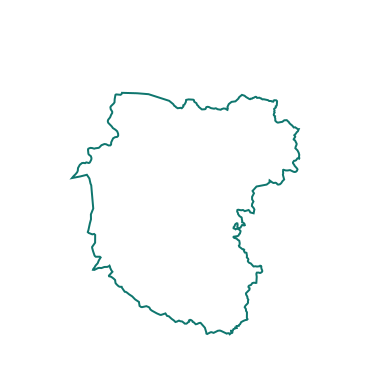 Bounkani, Zanzan, Ivory Coast (Mercator projection), rotated 215°
{"feature_id": "98640826B90856530326373", "entity_name": "Bounkani", "entity_type": "district", "adm_level": 2, "iso_a3": "CIV", "parent_name": "Ivory Coast", "parent_adm1": "Zanzan", "projection": "mercator", "projection_center": [-3.483, 9.078], "detail": "fine", "context": "isolated", "style": "outline", "palette": "teal", "viewbox_px": 384, "rotation_deg": 215, "n_neighbors": 0, "source": "geoboundaries", "source_scale": "gbopen_adm2", "svg_char_len": 5980}
<svg xmlns="http://www.w3.org/2000/svg" viewBox="0 0 384 384"><g transform="rotate(215 192 192)"><path d="M306.2,233.1L305.9,232.3L306.2,230.7L310.0,228.5L310.3,228.1L310.4,227.6L308.6,223.7L306.9,221.0L306.9,219.5L307.6,215.9L307.5,214.7L306.1,213.2L303.5,212.1L302.7,211.0L302.5,208.7L301.9,206.2L302.1,203.2L301.7,201.9L301.1,201.2L300.2,200.6L295.4,199.7L293.5,199.0L290.4,199.1L288.1,198.8L286.0,197.4L284.9,196.0L284.7,195.2L284.9,194.3L286.5,192.7L287.4,190.7L286.7,186.4L285.5,184.4L285.7,183.3L287.0,182.3L289.9,181.8L291.3,181.0L293.0,178.4L293.5,175.2L293.9,174.5L296.1,172.5L297.0,171.4L299.1,170.7L300.6,169.8L301.7,168.1L301.7,167.5L301.3,166.8L298.8,163.9L298.1,163.5L295.3,163.3L293.8,162.1L293.1,160.8L292.7,158.2L292.7,157.4L293.1,156.6L295.6,155.6L296.1,154.3L297.6,153.6L298.7,152.6L299.5,149.9L299.1,146.2L297.8,144.0L297.4,142.3L297.6,139.6L298.1,137.1L298.3,134.6L292.4,140.7L288.0,145.8L283.8,144.2L280.0,140.7L278.4,139.7L263.4,121.8L262.0,115.7L259.1,111.7L257.7,107.8L255.0,101.4L254.4,99.4L253.2,99.2L249.4,100.1L248.1,101.5L246.7,101.3L242.3,94.9L242.3,89.7L241.8,89.0L239.0,86.7L235.3,84.0L234.4,83.8L233.6,83.8L230.4,86.1L229.3,86.0L229.1,82.6L228.4,79.5L228.8,76.3L228.6,74.8L228.7,72.2L228.5,71.5L227.3,72.2L225.5,75.5L224.6,76.6L222.6,77.7L220.8,80.3L218.4,82.1L217.5,83.5L217.3,84.3L216.4,83.8L215.6,83.0L213.2,81.6L211.4,81.0L212.1,75.9L211.6,75.4L209.5,76.2L206.5,76.1L204.5,75.8L202.5,73.6L200.9,73.1L198.1,72.7L196.9,72.9L195.2,74.0L194.7,73.5L189.9,71.7L189.0,72.2L187.4,72.3L184.9,72.1L181.1,72.2L177.0,71.4L172.4,71.5L169.6,68.6L167.7,68.6L166.9,69.0L163.9,72.3L161.8,72.8L160.7,72.9L158.7,71.9L156.8,71.8L151.2,72.4L147.7,73.1L146.9,73.5L144.1,77.3L141.4,76.2L139.7,76.9L135.9,76.4L133.2,76.4L131.0,76.0L130.1,77.1L128.9,79.2L127.5,79.4L125.8,80.3L123.6,80.2L122.5,80.0L121.1,80.9L120.7,81.8L120.6,82.9L120.0,83.8L120.1,84.6L120.8,85.1L120.3,86.1L119.8,86.2L119.6,86.5L117.8,86.6L116.9,86.0L116.0,86.3L113.1,85.8L112.3,86.6L111.0,88.8L110.2,89.6L109.8,89.7L103.6,88.2L99.9,85.3L99.0,84.3L98.1,84.4L96.3,87.8L95.5,88.4L93.5,89.0L91.2,93.2L89.7,94.5L88.4,94.9L82.4,95.9L82.3,96.2L80.8,97.5L79.5,97.1L79.1,98.8L78.4,99.4L78.3,99.9L78.8,100.1L79.9,100.1L80.4,100.7L79.0,101.7L79.4,103.1L79.3,103.6L78.6,104.5L78.9,105.9L78.4,106.2L77.7,105.9L77.3,106.3L78.2,107.0L78.6,107.8L76.9,109.2L77.2,110.0L76.8,111.3L77.1,113.6L75.8,116.2L74.8,117.7L73.7,118.8L73.6,119.7L74.8,120.3L78.0,125.0L79.5,125.6L80.8,127.1L82.8,127.9L83.0,129.6L82.5,132.7L82.7,133.6L83.6,134.7L84.1,136.1L85.5,136.7L86.7,138.0L88.8,139.0L89.6,139.8L89.7,140.2L88.9,144.9L89.6,146.2L90.5,146.2L91.2,146.5L91.6,147.1L91.5,148.1L90.4,149.6L90.3,152.0L89.2,153.3L87.8,153.9L87.2,154.5L90.3,159.6L92.3,161.8L92.6,162.7L92.6,163.2L91.4,164.1L89.8,164.7L89.4,165.2L88.9,166.5L89.0,167.4L89.6,168.1L90.7,168.7L92.3,170.2L92.4,170.6L93.0,171.0L93.9,170.7L94.1,169.9L96.0,168.2L97.2,167.7L98.9,166.3L102.9,167.2L104.6,166.8L106.1,167.1L106.7,167.5L107.1,169.0L107.9,169.6L109.5,169.8L110.5,171.4L112.5,173.4L113.3,173.2L114.0,172.7L114.5,172.9L115.9,173.7L116.0,174.5L116.9,174.7L118.0,174.1L122.0,174.3L122.8,175.0L122.6,175.4L123.2,176.9L124.0,177.9L125.4,179.2L127.1,179.1L128.8,179.4L131.1,178.6L132.2,178.9L132.2,179.3L129.5,181.9L128.9,183.0L129.2,184.4L128.9,185.3L129.6,187.5L129.9,187.9L131.7,188.3L133.2,188.1L134.3,187.6L134.9,186.4L135.6,186.5L137.1,186.1L137.7,187.0L137.5,188.0L138.0,190.2L137.9,191.0L137.4,192.1L136.8,192.3L135.7,191.2L135.1,189.8L134.8,189.5L133.8,188.9L132.9,189.2L131.9,190.5L132.0,193.8L130.1,194.5L129.7,195.1L130.6,195.9L132.1,196.3L133.6,196.0L134.6,197.5L135.3,198.0L136.5,199.4L136.9,199.6L139.3,199.5L141.5,200.3L142.3,201.1L143.8,201.9L144.4,203.0L144.5,203.4L143.8,204.1L141.3,205.2L139.9,206.5L137.8,206.6L135.3,209.7L134.1,209.5L132.5,208.7L129.3,209.9L130.9,213.5L132.5,214.3L134.9,214.9L135.9,216.7L136.2,219.4L138.5,220.4L140.0,222.5L140.5,226.5L143.0,227.6L142.3,233.5L135.1,240.9L133.7,245.3L134.8,245.4L135.1,246.0L131.4,245.9L130.3,246.2L128.9,247.5L128.0,247.7L126.2,247.3L125.4,247.7L124.4,248.8L124.0,250.4L124.1,252.7L123.7,255.1L127.5,258.3L128.1,259.8L128.9,260.6L130.0,262.4L129.8,262.7L127.6,263.4L125.9,264.6L124.2,266.2L120.5,266.8L119.5,267.2L118.6,268.0L118.2,269.6L118.6,271.1L119.4,271.5L123.2,272.4L123.7,272.8L125.7,273.5L126.3,274.2L126.3,276.1L125.4,276.9L125.0,277.7L124.9,280.1L124.4,280.6L123.4,280.7L123.5,281.3L124.4,282.0L125.5,284.0L127.2,285.4L129.5,286.6L132.4,287.1L132.9,288.1L133.5,290.8L134.0,291.6L137.1,293.3L138.8,293.3L139.0,293.5L139.1,296.4L139.3,296.7L140.8,297.2L140.4,299.4L140.5,301.0L140.1,302.4L140.6,304.7L141.3,304.2L144.6,304.2L145.7,303.2L147.5,303.8L151.6,304.2L152.3,304.7L155.6,305.2L157.5,303.7L157.8,302.9L158.2,301.4L161.4,298.1L162.7,297.8L164.7,298.2L166.0,300.0L167.2,300.9L167.4,301.7L168.9,301.8L169.4,302.2L169.8,303.3L169.9,304.5L170.7,304.8L171.0,306.0L171.9,306.6L172.4,307.3L171.8,309.3L172.6,310.2L172.2,311.3L172.4,311.8L174.2,314.9L174.7,315.3L175.6,315.4L177.2,314.4L177.2,314.0L177.6,313.6L177.3,312.6L178.3,312.0L179.4,311.9L181.0,310.8L182.5,310.8L186.5,309.1L187.2,308.4L187.9,308.2L188.8,308.4L189.5,308.0L190.7,308.0L192.7,306.4L193.7,306.7L194.3,306.6L194.8,306.0L195.6,304.4L196.1,303.9L196.5,302.7L197.3,302.3L197.5,301.5L198.2,301.1L202.2,300.8L204.2,301.0L206.8,300.2L207.7,296.9L207.8,296.1L207.5,295.4L208.4,291.2L211.3,288.5L212.3,285.1L211.7,281.9L210.6,281.0L210.1,279.6L211.1,279.4L212.3,279.5L214.1,278.5L215.4,276.7L215.6,275.9L216.8,275.3L218.7,274.4L219.9,274.4L220.8,274.0L221.7,272.9L224.5,271.6L226.9,271.3L228.0,270.8L228.9,269.8L228.6,267.7L229.0,267.1L231.3,265.3L235.3,265.6L236.2,266.1L237.8,266.3L239.4,267.3L241.7,267.2L242.4,267.6L243.0,268.3L244.0,268.3L247.9,265.9L249.6,264.1L248.6,262.0L248.3,259.3L248.9,258.0L248.1,257.1L248.4,254.8L248.6,254.6L249.5,254.5L251.8,252.4L253.7,252.3L254.7,252.6L255.7,252.4L257.8,253.2L263.0,253.6L283.7,247.2L293.6,241.4L306.2,233.1Z" fill="none" stroke="#0f766e" stroke-width="2"/></g></svg>